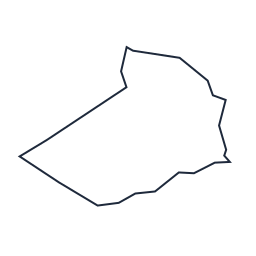 Glascock, Georgia, United States of America, rotated 186°
{"feature_id": "52423323B56628554160861", "entity_name": "Glascock", "entity_type": "district", "adm_level": 2, "iso_a3": "USA", "parent_name": "United States of America", "parent_adm1": "Georgia", "projection": "mercator", "projection_center": [-82.63, 33.224], "detail": "fine", "context": "isolated", "style": "outline", "palette": "slate", "viewbox_px": 256, "rotation_deg": 186, "n_neighbors": 0, "source": "geoboundaries", "source_scale": "gbopen_adm2", "svg_char_len": 421}
<svg xmlns="http://www.w3.org/2000/svg" viewBox="0 0 256 256"><g transform="rotate(186 128 128)"><path d="M232.8,88.4L190.8,66.6L150.1,47.7L129.4,52.6L113.9,63.6L94.5,67.7L72.8,89.1L57.7,89.9L38.1,102.6L23.2,104.9L29.4,110.6L28.1,116.6L37.7,140.0L33.8,166.1L47.0,169.4L53.7,183.4L84.0,203.2L131.1,205.4L137.8,208.3L140.8,183.6L133.8,168.4L207.6,107.5L232.8,88.4Z" fill="none" stroke="#1e293b" stroke-width="2"/></g></svg>